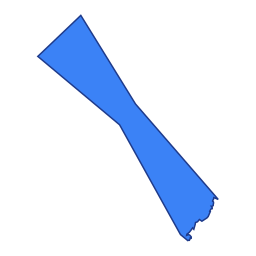 outline of Ngebei, Ngarchelong, Palau
{"feature_id": "81905179B67536129813351", "entity_name": "Ngebei", "entity_type": "district", "adm_level": 2, "iso_a3": "PLW", "parent_name": "Palau", "parent_adm1": "Ngarchelong", "projection": "natural_earth1", "projection_center": [134.641, 7.697], "detail": "fine", "context": "isolated", "style": "filled", "palette": "blue", "viewbox_px": 256, "rotation_deg": 0, "n_neighbors": 0, "source": "geoboundaries", "source_scale": "gbopen_adm2", "svg_char_len": 714}
<svg xmlns="http://www.w3.org/2000/svg" viewBox="0 0 256 256"><path d="M80.8,15.4L37.8,56.4L119.6,124.8L180.5,234.6L187.8,240.6L188.6,240.2L189.4,240.3L189.6,239.6L190.0,239.2L190.3,237.9L191.2,238.2L191.3,237.0L190.7,236.2L189.7,235.1L188.6,234.6L186.6,235.4L186.9,234.2L189.3,232.3L191.2,229.9L192.6,227.9L193.8,229.3L195.2,224.4L195.5,222.5L197.5,221.8L199.4,219.5L201.9,221.2L207.0,217.9L208.2,216.5L210.3,211.6L209.7,211.3L210.7,209.5L211.6,208.5L212.2,208.6L212.2,207.6L211.9,207.0L211.3,206.2L212.3,206.2L213.2,205.6L213.2,204.8L213.4,203.8L213.6,202.9L213.4,201.8L212.6,201.3L212.7,200.3L213.4,199.8L213.8,197.6L218.2,199.4L135.5,104.0L80.8,15.4Z" fill="#3b82f6" stroke="#1e3a8a" stroke-width="1.5"/></svg>